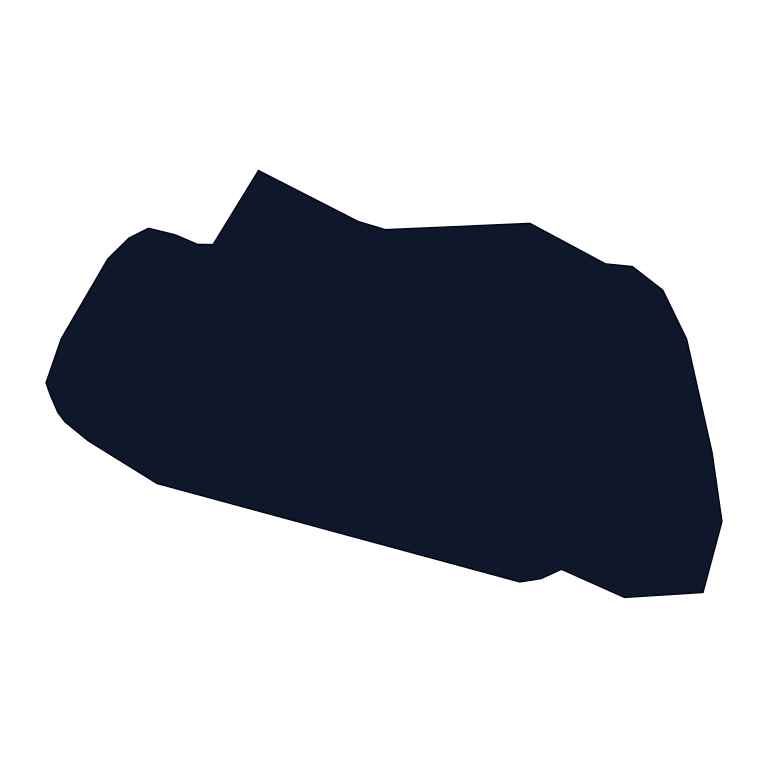 the Municipality of Slovenske Konjice
{"feature_id": "SVN-992", "entity_name": "Slovenske Konjice", "entity_type": "Municipality", "adm_level": 1, "iso_a3": "SVN", "parent_name": "Slovenia", "parent_adm1": "", "projection": "equal_earth", "projection_center": [15.451, 46.324], "detail": "fine", "context": "isolated", "style": "filled", "palette": "ink", "viewbox_px": 768, "rotation_deg": 0, "n_neighbors": 0, "source": "natural_earth", "source_scale": "10m", "svg_char_len": 473}
<svg xmlns="http://www.w3.org/2000/svg" viewBox="0 0 768 768"><path d="M88.3,440.8L65.0,421.8L58.0,412.6L50.4,395.1L46.1,382.8L61.3,338.7L107.9,258.9L129.0,238.1L148.5,228.3L175.5,235.0L197.4,244.4L213.1,244.6L258.5,170.6L358.1,221.5L385.4,229.7L529.9,223.4L605.4,263.9L632.4,266.6L662.8,290.3L686.6,339.2L712.1,452.9L721.9,521.5L703.0,592.4L624.5,597.4L561.4,569.2L540.9,578.6L519.7,581.9L157.1,483.5L88.3,440.8Z" fill="#0f172a" stroke="#020617" stroke-width="1.5"/></svg>